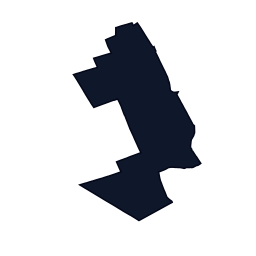 Tultepec, México, Mexico, rotated 141°
{"feature_id": "50627088B32512341732198", "entity_name": "Tultepec", "entity_type": "district", "adm_level": 2, "iso_a3": "MEX", "parent_name": "Mexico", "parent_adm1": "México", "projection": "equal_earth", "projection_center": [-99.118, 19.678], "detail": "fine", "context": "isolated", "style": "filled", "palette": "ink", "viewbox_px": 256, "rotation_deg": 141, "n_neighbors": 0, "source": "geoboundaries", "source_scale": "gbopen_adm2", "svg_char_len": 4764}
<svg xmlns="http://www.w3.org/2000/svg" viewBox="0 0 256 256"><g transform="rotate(141 128 128)"><path d="M141.6,165.5L140.7,165.2L133.3,162.7L132.7,162.5L131.9,162.2L123.4,159.3L121.6,158.6L121.4,158.4L120.7,158.1L120.2,157.9L117.8,157.1L118.3,154.6L118.9,152.1L119.5,149.5L120.6,146.4L121.7,143.2L122.6,140.4L122.4,140.3L123.3,137.5L124.2,134.7L125.1,131.8L125.4,131.0L125.7,130.0L126.0,129.1L127.1,125.7L127.2,125.0L128.2,121.2L129.1,117.5L129.2,117.3L130.2,113.7L131.2,109.8L131.3,109.3L131.8,107.7L132.0,106.7L132.3,105.7L132.9,103.1L133.5,100.6L134.5,101.0L136.9,101.8L138.4,102.3L138.7,102.4L139.9,102.8L140.7,103.1L141.1,103.2L141.6,103.4L144.2,104.3L144.9,104.5L145.4,104.7L145.9,104.8L147.3,105.2L147.7,105.3L149.9,106.1L152.6,107.0L153.3,107.3L158.2,108.9L159.7,103.4L160.8,99.2L161.0,98.3L167.0,100.4L168.9,101.1L170.8,101.8L171.3,102.0L171.9,102.1L172.3,102.4L172.8,102.5L173.3,102.7L173.8,103.0L174.4,103.2L174.7,103.3L175.1,103.5L175.7,103.7L176.3,104.0L177.0,104.2L177.6,104.5L178.0,104.6L178.5,104.8L179.0,104.9L179.4,105.1L181.4,106.0L186.2,108.0L189.1,109.1L189.6,109.4L190.4,109.7L192.1,110.4L194.5,111.3L195.8,111.9L197.6,112.7L198.0,112.8L200.1,113.7L200.4,113.8L201.0,114.1L201.3,114.2L201.2,113.9L200.7,112.6L200.6,112.4L200.2,111.2L199.5,109.3L199.1,108.1L198.3,106.1L197.7,104.3L197.4,103.6L197.2,102.9L196.0,99.7L195.2,97.4L194.6,95.8L194.4,95.2L193.8,93.6L192.9,91.1L192.4,89.7L191.3,86.6L190.3,83.9L189.6,82.1L188.8,79.9L188.6,79.4L188.1,78.1L187.7,77.0L186.6,73.9L186.3,73.0L185.2,69.9L184.8,68.9L184.2,67.0L183.4,64.8L182.6,62.8L182.3,62.0L181.7,60.4L181.4,59.6L180.8,58.3L180.6,57.7L180.2,56.5L179.3,54.0L177.7,49.2L142.3,42.8L140.4,42.4L140.1,43.2L140.1,43.7L140.7,45.8L141.1,47.7L141.3,49.9L140.5,52.4L139.7,54.9L139.0,57.5L138.2,60.0L137.4,62.5L137.1,63.3L136.8,64.1L136.5,65.2L136.2,66.1L135.9,67.0L135.5,67.8L134.8,69.3L134.6,69.7L134.2,70.4L133.8,71.1L132.9,72.8L132.3,73.8L131.9,74.7L131.3,74.4L130.0,73.9L129.3,73.7L128.9,73.6L128.1,73.3L125.8,72.6L123.6,72.1L122.6,72.0L121.9,71.9L120.9,71.5L120.0,70.9L118.7,70.1L117.8,69.3L116.2,67.8L115.1,66.9L114.0,65.8L113.4,65.3L112.8,64.8L112.3,64.4L111.6,63.5L110.6,62.4L109.9,61.4L109.6,61.2L109.1,60.9L108.2,60.9L107.8,60.7L107.0,60.1L106.9,60.1L106.1,59.4L105.2,58.6L104.0,57.9L103.6,57.6L103.4,57.1L102.3,56.6L101.8,56.4L101.7,56.4L101.3,56.3L100.8,56.2L98.5,55.8L98.2,55.5L97.4,55.2L96.7,54.9L96.1,54.9L95.5,54.8L95.4,54.8L94.9,54.7L94.6,54.8L93.7,54.7L93.5,56.9L93.4,58.0L93.3,59.0L93.2,59.9L92.9,62.5L93.0,63.1L92.4,68.5L92.3,69.1L92.3,69.3L92.6,70.1L92.8,70.8L92.2,70.9L92.0,71.1L91.8,71.7L91.9,71.8L91.9,72.5L91.4,73.7L91.3,73.9L91.0,74.4L90.6,74.8L90.1,75.3L89.3,76.1L88.5,76.9L88.4,77.0L88.1,77.3L87.8,77.6L87.6,77.9L86.7,78.6L85.9,79.2L85.5,79.4L85.0,79.5L84.2,79.8L83.3,80.2L82.2,80.6L81.8,80.7L81.7,80.9L80.8,81.5L80.0,81.9L79.4,82.3L78.5,83.3L77.7,84.4L77.4,84.8L77.0,85.3L76.5,86.0L75.7,87.0L75.2,87.8L75.0,88.0L75.4,89.9L75.0,91.4L74.8,92.6L74.4,94.6L74.1,96.4L73.6,98.8L73.6,99.0L73.2,101.1L73.1,101.6L72.9,102.3L72.7,103.3L72.6,104.0L72.5,104.4L72.0,107.5L71.9,108.1L71.6,109.6L71.4,110.5L71.0,112.6L71.0,112.8L70.6,115.2L70.4,116.2L70.3,116.4L69.6,120.4L69.1,123.2L67.4,124.0L66.3,124.5L69.3,126.3L69.9,127.0L70.2,127.3L70.4,127.5L70.6,127.8L70.8,128.4L71.0,128.8L71.1,129.2L71.2,129.6L71.2,129.8L71.3,130.0L71.3,130.4L71.1,131.1L70.0,132.8L68.2,135.8L67.2,137.7L66.8,139.1L66.6,139.8L66.4,140.1L65.3,142.6L64.5,146.0L63.7,149.0L63.1,151.9L62.5,154.5L61.9,157.1L61.4,159.4L60.8,161.7L60.2,164.0L60.1,164.6L59.4,167.6L59.1,169.0L59.1,169.4L58.9,169.7L58.3,170.1L57.9,170.3L57.8,170.7L57.6,171.7L56.6,174.9L57.8,175.0L57.6,177.4L57.6,177.6L57.4,179.8L57.0,182.7L56.9,183.1L56.9,183.9L56.4,187.9L56.4,188.1L55.7,193.4L55.1,198.4L54.7,203.5L54.7,203.8L59.3,204.1L59.3,204.3L58.8,206.9L58.8,207.2L63.3,209.1L63.9,209.3L64.7,209.7L69.3,211.7L72.5,212.9L74.2,213.5L74.3,213.6L74.4,213.4L74.8,213.1L76.0,211.6L77.8,209.5L79.4,207.6L82.4,208.5L86.9,209.8L87.5,210.0L89.9,210.6L92.2,204.0L92.3,203.6L93.7,196.7L100.7,199.6L102.6,200.4L105.9,201.7L110.8,203.8L111.6,201.3L113.5,194.3L113.6,194.2L114.1,194.5L114.8,194.8L115.6,195.1L115.8,195.2L116.0,195.3L117.0,195.8L119.0,196.6L119.7,196.9L120.0,197.0L122.6,198.1L122.9,198.3L124.6,198.9L125.0,199.1L125.9,199.4L126.0,199.5L126.4,199.7L126.9,199.9L128.2,200.4L129.2,200.7L129.6,200.9L130.8,201.4L131.9,201.8L132.2,202.0L132.4,202.0L133.8,202.7L134.1,202.8L134.7,203.0L136.8,203.8L136.9,201.9L137.2,199.3L137.4,197.6L137.5,196.5L137.7,195.5L137.9,193.8L138.3,190.9L138.4,190.2L138.7,187.9L138.8,187.5L138.9,186.4L139.4,183.7L139.4,183.1L139.8,180.9L140.1,178.3L140.2,177.9L140.5,175.5L140.8,172.7L141.2,170.0L141.2,169.9L141.3,168.9L141.4,167.4L141.6,165.5Z" fill="#0f172a" stroke="#020617" stroke-width="1.5"/></g></svg>